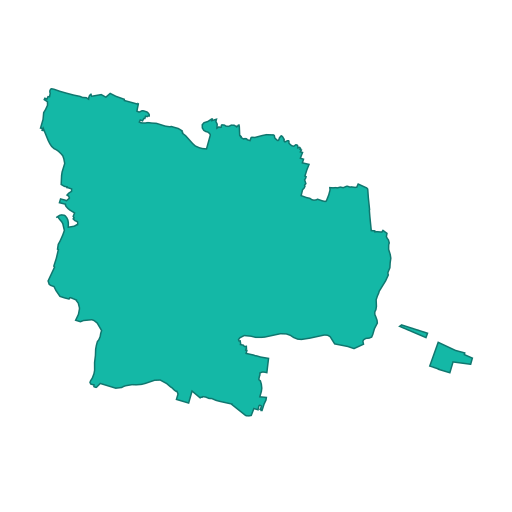 Kota Madiun, Jawa Timur, Indonesia (Mercator projection), rotated 272°
{"feature_id": "22746128B30166819315055", "entity_name": "Kota Madiun", "entity_type": "district", "adm_level": 2, "iso_a3": "IDN", "parent_name": "Indonesia", "parent_adm1": "Jawa Timur", "projection": "mercator", "projection_center": [111.53, -7.638], "detail": "fine", "context": "isolated", "style": "filled", "palette": "teal", "viewbox_px": 512, "rotation_deg": 272, "n_neighbors": 0, "source": "geoboundaries", "source_scale": "gbopen_adm2", "svg_char_len": 6018}
<svg xmlns="http://www.w3.org/2000/svg" viewBox="0 0 512 512"><g transform="rotate(272 256 256)"><path d="M171.6,366.5L174.4,365.8L176.0,366.4L177.5,368.7L177.9,371.9L179.0,374.4L181.6,375.4L187.5,376.9L193.2,379.6L196.0,379.2L200.0,377.6L201.3,376.9L202.8,376.7L204.4,376.7L206.6,377.7L209.9,378.1L216.5,377.6L220.2,378.7L223.5,380.0L225.0,380.3L235.7,386.4L241.7,388.9L242.7,388.5L244.1,388.4L248.9,390.2L253.7,390.3L258.5,390.8L262.1,390.1L267.3,388.3L271.9,388.2L273.7,388.7L276.6,387.8L278.1,386.6L279.9,385.6L283.2,386.1L286.0,382.0L284.3,380.9L284.5,376.3L284.3,373.9L285.3,373.8L285.4,370.3L299.4,368.4L305.6,367.7L306.2,367.9L318.4,366.2L325.9,365.4L326.9,365.2L327.9,364.2L331.5,355.6L328.3,354.3L328.0,352.7L328.4,348.8L328.1,347.6L328.9,345.0L328.8,344.0L327.3,340.8L327.8,337.9L326.9,334.9L327.1,333.3L326.8,330.6L326.9,327.4L324.5,327.7L319.7,326.6L314.3,324.7L313.0,323.9L313.0,322.5L313.5,320.1L314.9,315.5L314.2,314.3L313.8,312.0L314.2,309.9L315.5,307.8L316.2,304.2L317.9,299.0L323.8,300.2L325.7,301.8L327.5,302.5L328.2,302.1L328.9,302.2L330.0,303.3L333.9,301.9L335.0,302.7L337.0,303.3L337.6,302.1L343.8,303.8L349.4,305.8L350.7,299.1L354.4,300.1L355.3,296.9L361.1,298.9L361.6,296.7L363.5,297.7L364.2,296.3L365.0,296.8L366.1,295.8L365.6,294.0L366.4,294.1L367.5,293.8L368.2,293.4L368.5,292.5L368.5,291.8L367.4,290.5L367.0,289.6L367.5,287.8L368.8,286.1L369.9,285.0L371.7,284.9L372.3,284.6L372.3,283.5L371.6,281.9L371.3,281.7L371.1,280.9L371.4,280.4L372.9,279.8L373.5,280.1L376.1,278.4L376.9,277.4L377.0,277.0L375.1,275.4L372.8,274.7L372.2,274.1L372.2,273.4L374.1,271.2L374.8,270.6L377.0,270.1L377.6,269.3L377.6,262.2L376.6,258.0L374.4,250.7L374.5,247.7L374.2,247.0L371.1,246.0L371.9,243.1L372.7,242.6L373.0,241.6L372.7,241.0L372.9,240.2L372.5,239.5L374.0,236.8L374.8,237.0L375.2,236.1L375.6,236.2L376.0,235.5L384.7,234.8L386.3,234.4L386.1,233.7L384.9,233.0L384.6,232.5L384.8,232.3L384.4,232.1L385.9,229.7L385.9,226.7L384.7,224.5L384.6,223.8L384.7,221.5L385.7,219.9L385.9,217.8L385.7,217.0L384.7,216.7L383.6,216.8L383.3,215.9L383.7,214.4L382.4,212.5L386.4,212.6L389.1,211.2L391.3,211.7L389.8,207.2L391.4,207.5L391.4,206.9L388.8,203.3L387.4,199.4L385.3,197.7L382.1,197.9L379.8,199.4L378.7,201.3L378.2,203.5L377.0,205.1L375.9,206.0L375.1,206.1L361.3,202.8L361.5,198.7L362.2,195.5L363.8,191.5L366.2,188.7L373.7,181.5L376.1,178.2L377.1,178.4L377.9,177.6L378.5,177.8L380.7,173.9L382.5,166.7L382.1,165.6L382.6,160.9L385.1,151.8L385.2,147.4L385.5,144.2L385.4,142.4L385.0,140.7L385.0,137.8L385.2,136.1L385.8,134.7L387.9,135.6L387.1,137.9L389.5,139.0L389.5,140.1L391.8,140.7L391.5,142.5L392.2,143.3L392.2,144.4L393.4,144.4L394.8,143.6L396.1,142.1L397.1,138.7L397.2,137.1L395.7,134.2L396.6,131.9L403.9,133.1L404.1,132.8L403.6,132.7L406.8,119.0L408.0,118.9L410.7,110.4L413.4,104.6L409.5,100.4L411.9,95.7L409.9,86.2L411.2,85.4L411.6,85.6L411.9,85.4L410.7,84.1L408.4,83.3L406.9,83.2L408.3,80.8L408.4,77.1L409.4,74.4L410.4,68.4L412.1,60.9L413.7,54.4L415.6,48.3L416.0,45.8L415.5,44.9L413.7,44.2L412.0,44.4L411.5,44.7L408.0,44.1L408.0,42.6L405.5,41.5L406.3,39.5L404.9,38.9L402.9,42.2L399.4,42.4L394.9,40.5L391.9,38.8L385.0,38.4L376.3,36.2L376.1,38.2L374.2,37.8L374.0,38.6L376.0,39.0L364.2,44.3L361.1,46.0L358.4,47.9L356.2,50.5L355.3,52.6L353.8,54.9L351.5,57.5L349.4,59.4L346.3,60.6L341.8,61.6L333.2,59.3L329.7,58.9L320.7,58.8L318.9,62.1L318.5,64.9L317.8,64.7L317.6,66.0L316.6,69.4L314.2,69.4L312.2,66.6L310.3,65.0L309.3,66.6L307.5,67.5L306.9,67.1L304.6,64.6L305.2,63.2L306.2,58.7L302.4,57.7L301.1,63.8L300.1,63.8L299.0,64.4L296.9,66.4L295.4,68.4L292.7,73.2L289.2,71.9L287.8,72.9L286.7,72.0L285.1,73.7L284.0,76.4L281.9,76.7L281.0,76.6L280.9,75.4L280.4,75.2L280.0,74.1L279.5,73.7L278.2,67.4L282.6,67.3L285.4,66.7L287.5,65.6L289.4,64.0L290.0,63.0L290.3,60.3L289.9,58.6L288.8,56.9L287.4,55.0L288.4,56.4L285.7,58.5L283.3,60.7L281.5,61.8L274.8,63.6L270.1,62.1L264.1,59.7L260.8,58.0L255.9,57.4L255.6,58.3L246.6,56.5L238.8,54.3L237.9,55.1L223.8,49.1L220.5,50.3L219.5,51.8L218.4,55.2L214.5,57.3L208.8,61.5L207.5,66.0L206.5,70.6L206.8,71.0L207.7,71.2L207.9,72.2L205.7,78.1L205.2,78.0L202.8,80.0L198.0,81.4L196.7,81.4L191.5,80.6L185.5,78.0L184.2,82.8L185.5,85.8L186.6,94.2L185.8,96.5L183.4,99.7L176.1,104.3L173.2,103.5L170.0,103.1L166.7,101.8L165.0,100.5L161.2,99.6L157.2,99.0L150.9,99.0L143.9,98.4L136.2,98.7L132.8,98.2L128.3,96.7L125.6,95.1L123.9,94.5L122.3,95.3L121.7,97.5L121.7,98.5L119.8,98.6L119.2,100.1L119.2,101.1L123.2,104.8L119.0,120.4L119.9,126.3L121.1,128.4L121.8,130.3L123.1,136.5L123.1,140.8L123.7,146.0L124.8,149.8L128.3,159.0L128.7,164.6L125.4,171.2L122.2,175.2L121.4,176.6L119.0,179.2L118.0,180.8L118.1,181.6L115.4,182.9L109.9,181.5L106.7,193.8L118.8,196.8L112.3,205.1L112.7,205.4L113.0,206.3L112.9,207.0L113.2,207.4L113.5,207.5L113.6,207.9L113.3,210.6L112.0,214.1L112.0,216.8L110.3,221.2L109.4,225.2L107.2,237.1L106.8,237.0L96.3,251.1L96.0,252.2L96.0,254.6L96.5,256.8L103.5,259.2L102.4,263.4L106.1,264.1L106.7,264.5L107.0,265.0L106.4,266.4L106.0,266.5L105.2,266.5L102.9,265.4L102.8,265.7L103.0,266.4L102.8,266.6L101.8,266.5L101.8,267.4L108.2,269.2L112.4,271.0L115.0,271.3L115.4,264.7L120.9,266.1L124.1,266.4L128.1,265.8L131.4,264.7L132.1,263.6L133.0,263.1L136.3,263.7L137.0,264.0L139.2,264.0L140.0,265.6L140.3,266.8L140.2,268.7L139.8,270.9L154.1,272.1L155.2,264.0L156.2,260.2L156.3,258.6L156.9,257.2L158.3,249.5L161.3,250.2L161.5,249.0L162.7,249.2L162.9,249.7L165.4,249.5L165.2,248.6L165.2,247.7L165.7,247.0L166.4,246.5L167.0,243.5L168.4,243.7L169.0,243.4L170.6,243.2L170.5,242.0L171.8,241.4L173.7,242.7L176.1,247.0L175.7,253.8L174.7,258.5L174.9,264.3L175.3,267.6L179.2,283.1L179.2,289.0L177.9,293.2L175.9,296.4L174.4,300.5L174.2,304.3L175.8,312.7L179.4,326.9L179.4,329.3L179.2,330.6L178.0,332.9L170.9,337.7L168.8,350.8L166.9,357.2L171.6,366.5ZM176.1,441.1L152.1,433.5L149.4,442.5L149.1,442.4L146.1,453.8L157.0,456.6L155.3,474.3L161.5,475.8L164.7,467.7L166.4,468.0L168.6,458.6L176.1,441.1ZM192.2,403.9L190.7,402.0L180.4,428.7L184.8,430.1L192.2,403.9Z" fill="#14b8a6" stroke="#0f766e" stroke-width="1.5"/></g></svg>